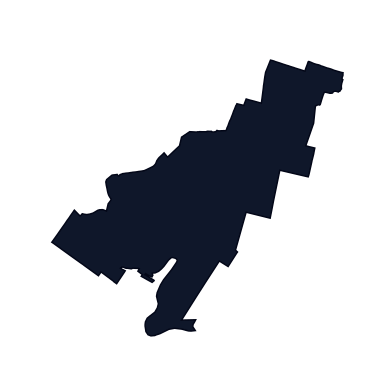 the district of Independenta, Galati, Romania, rotated 10°
{"feature_id": "2599482B33711175707299", "entity_name": "Independenta", "entity_type": "district", "adm_level": 2, "iso_a3": "ROU", "parent_name": "Romania", "parent_adm1": "Galati", "projection": "orthographic", "projection_center": [27.763, 45.478], "detail": "fine", "context": "isolated", "style": "filled", "palette": "ink", "viewbox_px": 384, "rotation_deg": 10, "n_neighbors": 0, "source": "geoboundaries", "source_scale": "gbopen_adm2", "svg_char_len": 5310}
<svg xmlns="http://www.w3.org/2000/svg" viewBox="0 0 384 384"><g transform="rotate(10 192 192)"><path d="M320.0,48.3L319.5,48.3L318.5,48.3L314.7,47.9L312.0,47.6L310.3,47.4L309.6,47.2L309.1,47.1L307.6,46.8L305.1,46.5L303.4,46.4L299.5,45.7L299.0,45.6L297.1,45.4L296.3,45.1L295.4,44.9L294.6,44.8L292.6,44.7L292.3,44.8L292.2,44.7L290.0,44.4L288.1,44.0L287.5,43.8L286.1,43.5L285.6,43.4L284.5,43.2L284.2,43.2L284.0,43.4L283.8,43.6L283.3,46.9L282.7,49.9L282.3,52.4L282.2,53.4L280.3,53.1L278.6,52.9L277.6,52.7L275.6,52.5L274.9,52.4L271.8,52.0L270.8,51.8L268.4,51.5L266.8,51.3L265.2,51.0L263.2,50.8L262.5,50.7L261.2,50.5L259.6,50.3L256.6,49.8L251.3,49.1L250.6,48.9L248.4,48.6L246.4,48.5L244.5,57.6L243.7,61.3L243.7,66.1L244.0,73.5L244.0,75.0L244.2,77.2L244.5,83.7L244.9,92.5L244.3,92.4L241.7,92.2L241.2,92.1L240.7,92.1L240.3,92.1L240.0,92.0L239.5,92.0L239.3,92.0L238.0,91.8L237.6,91.8L235.2,91.6L233.7,91.5L231.0,91.2L230.1,91.1L229.4,91.0L229.2,91.0L228.1,96.7L228.0,97.7L224.4,97.5L220.9,97.3L220.7,98.5L220.3,99.0L219.2,104.4L219.0,104.9L218.5,108.2L217.8,111.5L217.5,113.4L217.3,114.1L217.0,114.8L216.6,116.6L216.5,117.0L216.4,117.8L216.2,118.8L216.0,120.3L215.9,120.7L215.6,121.9L215.3,122.9L215.3,123.5L214.9,125.5L214.6,125.7L214.2,125.8L213.6,125.9L209.8,126.7L208.8,127.0L207.2,127.2L206.6,127.2L206.4,127.1L205.9,127.0L205.6,127.5L205.5,127.8L205.4,128.0L205.3,128.3L205.1,128.4L205.0,128.5L204.8,128.4L204.7,128.4L204.5,128.6L204.4,128.7L204.3,128.8L204.1,128.8L203.8,128.8L203.1,129.2L202.4,129.2L201.5,129.3L201.1,129.3L200.8,129.3L200.6,128.9L196.3,129.6L196.2,130.1L195.6,130.2L191.1,131.0L190.7,131.0L189.6,131.2L189.2,131.2L187.7,131.7L186.9,131.8L186.0,132.2L179.3,133.0L172.2,139.8L171.7,148.7L166.6,155.5L161.9,161.9L157.7,158.3L157.0,159.3L156.4,160.2L156.0,160.7L154.4,162.8L154.2,163.1L153.7,163.7L153.3,164.4L152.9,165.1L152.5,166.2L152.1,166.8L151.9,167.5L151.8,168.2L151.6,168.9L151.5,169.6L151.3,170.3L151.2,170.7L150.9,171.2L150.5,171.9L150.0,172.6L149.8,172.9L149.5,173.3L149.1,173.6L147.7,174.7L146.2,175.8L144.8,176.8L143.3,177.9L141.8,178.9L141.2,179.3L140.9,179.4L140.3,179.6L138.7,180.2L137.1,180.7L135.5,181.2L133.9,181.8L132.6,182.2L131.9,182.4L131.4,182.5L131.1,182.6L130.3,182.8L129.1,183.3L128.8,183.3L127.5,183.8L126.1,184.3L124.6,184.7L123.8,184.9L123.2,185.1L122.4,185.4L122.0,185.5L121.1,185.8L120.7,185.9L120.2,186.1L119.9,186.3L119.7,186.6L119.5,186.8L119.3,186.9L118.9,187.0L118.5,187.1L118.3,187.3L118.1,187.4L117.9,187.7L117.8,187.9L117.7,188.3L117.5,188.6L117.4,188.8L117.1,188.9L116.9,188.9L116.7,188.9L116.4,188.8L116.3,188.7L116.1,188.6L115.9,188.3L115.8,188.2L115.7,188.2L115.3,187.8L115.2,187.7L115.0,187.8L114.1,188.1L113.2,188.4L111.1,189.0L110.3,189.3L110.0,189.6L105.8,194.6L105.4,196.6L105.5,197.4L105.9,198.6L106.5,200.4L107.7,203.3L108.6,205.7L109.5,207.8L110.4,209.4L111.5,210.9L113.7,213.2L113.2,214.9L111.5,218.1L111.1,225.6L107.2,224.9L104.2,225.5L102.5,226.3L98.3,229.9L95.2,231.5L92.3,232.5L89.8,232.6L87.7,232.5L86.4,234.6L85.9,235.0L84.0,233.7L82.9,232.9L79.3,230.3L78.8,231.3L78.4,232.3L76.5,236.3L75.7,238.2L74.4,240.9L74.3,241.0L72.5,245.1L70.6,249.1L70.5,249.3L66.7,257.5L62.7,265.8L63.0,265.9L83.5,275.8L95.6,281.6L97.0,282.2L98.9,283.2L114.4,290.7L116.3,286.5L130.6,293.7L130.6,293.9L133.7,295.4L135.4,291.5L139.3,282.7L139.9,281.2L134.7,279.6L134.8,279.2L135.5,279.0L135.9,278.1L136.2,278.1L137.6,278.0L139.6,278.5L140.4,278.5L141.6,278.3L145.6,278.2L146.9,277.3L150.1,276.9L152.6,276.5L153.4,276.7L152.5,279.4L157.5,282.0L156.6,283.8L163.1,286.1L168.4,287.9L170.1,285.9L169.8,285.5L159.8,281.6L160.5,280.4L163.5,281.6L167.3,282.6L167.9,280.7L167.2,279.8L166.9,278.8L169.7,278.1L172.9,275.9L175.3,273.0L177.2,270.1L180.7,263.1L182.5,260.9L183.1,260.2L184.2,259.9L185.8,260.0L186.8,260.1L188.1,260.5L189.1,261.4L189.4,262.6L188.7,264.6L185.3,272.2L179.3,283.3L177.1,289.0L175.2,297.1L175.2,300.8L176.6,304.1L178.3,307.9L178.0,312.2L176.3,316.8L172.0,321.5L169.8,324.1L168.7,327.9L168.8,330.3L169.1,332.2L170.9,337.5L173.5,340.2L176.5,340.8L180.3,339.8L181.4,339.0L185.0,337.1L193.1,331.2L198.5,329.2L205.9,328.8L211.0,329.3L212.7,329.4L215.2,329.1L219.3,327.9L218.5,327.0L216.2,324.6L216.0,322.4L216.2,321.8L217.0,319.7L217.6,317.9L217.8,317.2L210.9,318.6L203.9,320.0L214.6,293.9L221.1,278.3L230.9,255.2L240.5,259.1L246.7,244.2L247.2,243.2L244.9,241.7L248.8,202.5L273.5,204.2L273.7,194.4L273.8,186.8L274.0,179.5L274.7,155.3L287.1,156.0L296.2,156.5L303.8,156.9L304.1,154.8L304.3,150.9L304.7,141.5L304.7,139.6L304.8,139.4L305.2,133.6L305.2,131.2L305.2,130.9L305.3,127.4L300.5,127.1L299.8,127.1L298.0,126.9L296.0,126.7L297.9,115.1L299.6,104.5L299.8,103.5L299.8,102.8L298.6,86.1L299.2,85.4L299.8,85.1L300.4,84.5L301.3,84.2L301.7,84.1L302.5,84.2L302.8,84.0L303.0,83.7L303.1,83.4L303.4,80.9L303.6,78.9L304.2,74.6L304.4,73.3L305.0,70.8L305.5,70.6L307.7,70.6L310.5,70.8L311.8,70.6L313.2,70.1L313.7,68.9L314.0,68.5L314.6,68.2L315.1,68.0L315.6,67.9L315.9,67.8L316.4,67.8L317.4,67.9L318.7,68.1L318.9,67.5L319.5,67.4L319.8,67.2L320.1,67.0L320.3,66.7L320.4,66.2L320.7,65.5L320.9,65.2L321.0,65.0L321.3,64.4L321.1,63.9L320.9,62.8L320.6,61.6L320.6,58.8L320.8,57.3L321.0,55.4L321.0,55.2L320.9,55.2L320.7,55.1L320.4,55.1L320.0,53.7L320.0,53.1L320.2,52.3L320.3,51.5L320.4,50.9L320.0,48.6L320.0,48.3Z" fill="#0f172a" stroke="#020617" stroke-width="1.5"/></g></svg>